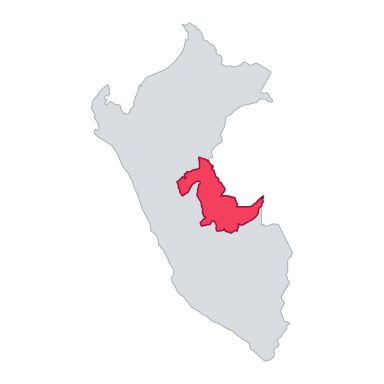 Ucayali on a map of Peru (Natural Earth projection)
{"feature_id": "PER-583", "entity_name": "Ucayali", "entity_type": "Department", "adm_level": 1, "iso_a3": "PER", "parent_name": "Peru", "parent_adm1": "", "projection": "natural_earth1", "projection_center": [-73.422, -9.375], "detail": "fine", "context": "in_parent", "style": "filled", "palette": "rose", "viewbox_px": 384, "rotation_deg": 0, "n_neighbors": 0, "source": "natural_earth", "source_scale": "10m", "svg_char_len": 9344}
<svg xmlns="http://www.w3.org/2000/svg" viewBox="0 0 384 384"><path d="M272.6,100.4L272.5,101.6L271.2,102.2L270.0,101.3L268.2,101.6L265.6,98.8L259.3,99.2L256.5,102.5L252.4,103.2L247.8,104.7L242.6,105.3L234.6,110.5L232.7,112.6L229.0,115.7L226.0,116.7L224.6,126.2L221.7,131.7L220.5,134.7L222.1,139.2L222.1,141.5L220.4,143.3L219.1,143.5L216.3,145.4L212.2,149.6L211.4,152.8L212.8,157.0L212.3,157.5L208.9,158.3L209.0,160.7L208.3,161.6L211.2,165.0L212.8,165.8L212.9,166.6L212.6,167.5L212.0,167.9L211.9,168.6L214.0,171.1L215.5,176.2L218.5,178.6L218.6,180.2L219.4,181.9L221.0,183.1L224.6,188.1L224.7,190.5L220.9,195.8L227.2,195.8L234.1,197.7L235.0,198.5L235.9,200.9L236.0,202.5L237.3,203.8L237.2,206.8L246.3,206.8L252.2,206.1L261.7,197.1L263.2,196.3L262.4,198.3L262.3,199.7L262.8,201.2L261.7,203.4L261.6,225.3L263.3,224.2L265.5,226.2L267.2,226.3L272.4,223.9L278.4,224.3L292.5,252.9L291.2,254.9L291.3,256.3L289.6,257.6L287.8,259.9L287.7,271.3L286.2,274.7L287.0,276.5L287.8,280.1L289.1,282.3L289.4,283.7L289.2,284.3L287.3,285.5L287.1,287.5L283.6,291.6L282.9,294.4L281.6,295.3L281.4,298.4L284.5,303.4L282.5,306.4L280.6,310.9L283.7,320.3L285.0,321.7L286.4,321.6L288.5,322.4L289.6,323.8L287.0,325.6L286.6,326.4L286.8,329.4L283.9,331.8L280.1,337.7L279.1,338.0L277.2,339.8L276.9,340.7L277.2,341.5L278.8,343.3L279.0,345.4L276.2,348.1L274.3,348.4L273.6,349.1L274.3,352.7L274.3,354.4L273.7,356.3L272.4,358.4L268.3,360.6L264.6,361.0L258.4,355.5L256.5,353.3L250.3,348.7L249.3,343.9L247.2,341.5L243.4,339.7L240.4,337.2L238.1,336.1L232.5,330.7L227.4,328.9L217.9,323.2L212.7,321.3L206.1,315.9L202.6,314.5L199.7,312.0L191.0,306.7L189.7,305.0L188.3,302.4L186.4,300.8L184.2,297.2L181.0,295.1L177.9,292.3L174.1,284.8L172.3,283.0L172.1,279.6L170.9,278.0L172.7,276.9L173.9,271.6L173.3,269.0L168.8,261.8L168.0,258.8L164.8,253.4L163.6,250.1L161.0,247.7L159.9,245.6L158.5,244.7L158.4,242.2L157.4,237.4L156.0,235.0L150.8,230.5L150.3,225.6L149.2,222.1L142.0,208.3L137.8,195.1L134.3,187.7L132.9,183.4L132.7,181.2L130.1,177.3L128.7,173.7L122.9,166.8L119.5,159.1L119.0,156.8L116.7,152.6L113.0,147.1L111.2,144.9L100.0,138.1L94.7,133.9L94.1,131.8L94.4,130.6L95.5,129.4L97.1,130.3L98.1,130.0L98.8,128.4L98.8,126.2L97.8,123.2L94.3,117.5L95.2,115.0L91.5,108.4L92.4,102.0L93.2,100.3L98.6,93.8L100.1,91.1L102.4,89.3L104.7,86.7L107.6,84.7L108.4,85.4L109.3,88.9L109.1,91.2L109.9,93.8L108.0,96.1L105.8,95.6L105.0,96.2L104.7,97.3L105.0,99.1L105.6,99.8L107.2,99.9L105.0,103.3L105.2,103.9L106.7,104.6L108.1,103.7L109.7,101.7L110.6,101.5L116.0,104.8L118.6,104.4L120.5,106.0L120.7,108.4L123.5,113.1L127.5,114.3L128.2,113.9L129.1,112.1L130.0,111.8L130.2,109.2L133.7,106.4L134.2,104.5L133.7,103.1L133.8,102.0L135.9,95.8L136.5,95.1L137.1,93.1L137.9,91.9L139.1,84.9L140.1,84.9L141.0,86.6L142.1,86.2L141.5,84.6L141.7,84.0L145.6,78.4L146.8,77.2L165.6,69.5L175.0,61.6L183.3,50.5L185.9,39.3L186.8,40.1L188.4,39.8L187.9,35.3L188.3,33.1L188.2,32.5L185.6,29.8L184.6,26.8L182.3,25.2L182.4,24.5L184.8,25.2L187.0,24.9L188.8,23.0L190.2,23.2L193.3,25.7L195.5,26.0L196.3,27.8L198.5,29.1L201.7,33.0L203.1,37.2L203.0,38.0L204.4,40.2L207.5,41.2L210.5,44.3L213.7,45.3L215.1,48.1L215.9,49.0L216.4,50.6L215.9,52.5L216.3,53.5L218.7,55.2L220.7,55.2L221.1,56.0L222.2,60.6L221.5,63.0L221.8,64.3L224.4,65.4L225.2,66.4L227.3,66.6L230.2,65.6L233.9,67.0L236.7,66.5L238.0,66.2L239.3,65.1L240.4,65.2L243.3,62.2L244.1,62.0L247.2,63.3L249.8,65.3L253.0,64.9L254.3,63.7L256.6,63.0L260.8,65.4L261.7,66.6L262.9,66.9L267.4,69.3L268.2,70.3L270.5,71.3L271.0,72.1L270.9,73.0L260.3,92.0L263.6,93.5L266.6,92.6L268.2,93.8L269.4,96.9L271.7,99.0L272.6,100.4Z" fill="#d9dde1" stroke="#a8b0b8" stroke-width="1"/><path d="M208.6,161.1L208.1,161.4L208.2,161.7L208.8,162.1L210.9,164.6L211.3,165.0L211.8,165.2L212.4,165.4L212.9,165.9L213.1,166.6L212.9,167.3L212.4,167.7L211.8,167.5L211.6,167.5L211.6,167.8L211.8,168.7L211.9,168.9L212.3,169.4L213.0,169.7L213.6,170.0L213.9,170.6L214.0,171.0L214.5,171.9L214.7,172.3L214.7,172.7L214.6,173.3L214.7,173.7L214.9,174.1L215.3,174.8L215.5,175.3L215.5,176.1L215.6,176.4L215.9,176.7L217.1,177.5L217.3,177.6L217.6,178.0L217.9,178.3L218.2,178.3L218.3,178.4L218.6,178.6L218.7,179.0L218.7,179.4L218.6,180.2L218.6,180.5L218.7,180.8L219.3,181.8L219.6,182.2L220.0,182.4L220.9,182.6L221.2,182.8L221.5,183.1L221.6,183.4L221.9,184.2L223.1,186.3L223.4,186.5L224.0,187.0L224.6,188.0L224.7,188.3L224.9,189.8L224.8,190.4L224.7,190.7L224.5,191.0L223.8,191.6L223.8,192.1L223.7,192.3L223.5,192.5L223.0,192.6L222.8,192.7L222.6,193.0L222.4,193.6L222.0,194.2L221.2,195.2L220.8,195.8L227.2,195.8L229.1,196.3L229.3,196.5L229.7,196.3L230.0,196.4L230.6,196.6L231.3,197.0L231.6,197.1L232.3,197.2L233.3,197.1L233.6,197.2L233.9,197.4L234.3,197.8L234.6,198.1L235.1,198.1L235.2,198.9L235.3,199.3L235.4,199.6L235.8,200.2L235.9,200.6L235.9,200.9L235.7,201.6L235.9,202.3L237.0,203.1L237.3,203.8L237.5,204.4L237.5,204.6L237.5,204.9L237.3,205.2L237.2,205.4L237.2,206.4L237.0,206.8L249.7,206.8L250.0,206.7L250.3,206.4L250.6,206.3L251.0,206.6L251.5,206.4L252.1,205.9L252.8,205.6L253.0,205.2L253.2,204.8L253.4,204.4L253.7,204.2L254.7,203.6L255.7,203.3L256.0,203.1L256.1,202.9L256.3,202.4L256.4,202.2L257.2,201.5L257.7,200.8L257.9,200.4L258.7,199.9L259.0,199.6L259.6,198.9L260.0,198.7L261.0,198.0L261.3,197.6L261.9,196.9L262.2,196.5L262.5,196.4L262.8,196.3L263.5,196.2L263.5,196.4L263.3,196.8L263.3,197.1L263.2,197.3L262.9,197.5L263.0,197.8L262.8,197.8L262.7,198.0L262.9,198.7L262.7,198.7L262.4,198.6L261.9,198.7L262.1,199.0L262.2,199.6L262.3,200.0L262.5,200.2L262.9,200.7L263.1,200.9L263.2,201.3L263.2,201.7L263.1,202.0L262.8,202.4L262.8,202.6L262.7,202.7L262.4,202.6L262.1,202.9L261.9,203.0L261.7,204.0L261.7,205.9L259.6,207.7L259.1,208.2L258.8,208.6L258.5,209.8L258.4,212.4L258.2,213.0L258.0,213.6L257.5,214.5L256.0,216.5L255.6,216.9L255.4,217.1L254.4,218.0L253.6,218.6L252.7,219.5L252.0,219.9L251.7,220.1L250.4,220.5L243.3,224.7L242.8,224.9L240.6,225.0L240.2,224.9L239.4,224.2L239.1,224.1L238.8,224.0L238.2,223.9L237.9,224.1L237.8,224.6L238.6,225.9L238.8,226.2L238.7,226.4L238.7,226.7L237.5,229.1L237.4,229.6L237.2,230.0L237.2,230.5L237.2,230.9L236.9,230.8L236.6,230.8L236.2,230.9L235.5,230.6L235.4,230.6L234.1,231.0L233.6,231.3L232.5,232.2L232.1,232.4L231.6,232.9L231.5,233.0L230.9,233.1L230.2,232.9L229.9,232.8L229.5,232.4L229.3,232.3L229.2,232.3L228.8,231.7L228.7,231.6L228.4,231.7L227.9,232.0L227.7,232.0L227.0,232.0L226.8,231.9L226.4,231.5L226.3,231.4L225.7,231.2L225.2,230.9L225.2,230.7L225.1,230.3L224.8,229.7L224.6,229.1L224.4,228.8L224.2,228.9L224.0,229.0L223.5,230.0L223.4,230.1L223.2,230.2L222.7,230.4L222.1,230.6L220.0,230.9L218.9,230.9L218.5,231.0L217.8,231.3L217.3,231.1L217.0,230.9L216.6,230.4L216.4,229.9L216.1,228.8L216.0,228.4L216.4,225.9L216.4,225.2L215.8,223.8L215.3,222.7L214.7,221.8L214.4,221.6L214.0,221.3L213.1,221.0L212.8,220.9L212.4,220.7L212.2,220.7L212.0,220.9L211.4,222.1L210.2,224.1L209.8,224.5L209.5,224.6L209.3,224.7L208.8,224.7L208.1,224.6L207.9,224.6L207.1,224.8L206.6,224.8L205.8,225.1L205.5,225.3L205.2,225.4L204.9,225.4L204.0,225.3L203.7,225.4L202.9,225.9L202.3,226.1L201.8,226.0L201.5,225.9L201.3,225.8L200.9,225.0L200.8,224.8L200.6,224.1L200.3,222.4L201.0,221.9L201.8,221.1L202.7,220.0L203.1,219.7L203.7,218.9L204.0,218.7L204.7,218.2L205.4,217.9L205.6,217.8L205.7,217.6L205.7,217.4L205.5,217.0L205.3,216.8L205.1,216.7L203.9,216.2L203.6,215.9L203.4,215.0L203.1,214.2L202.5,212.5L202.4,212.0L202.7,209.2L202.6,208.8L202.4,208.3L201.7,206.7L201.4,205.9L201.4,205.2L201.5,204.5L201.4,203.9L200.8,201.9L200.4,201.1L200.2,200.8L199.8,200.2L197.7,196.7L197.5,196.3L197.2,195.9L197.0,195.2L196.9,195.0L196.9,194.6L197.1,193.8L197.5,192.3L197.7,191.4L197.7,190.8L197.6,190.0L197.6,189.5L197.7,189.1L198.0,188.7L198.4,187.6L198.5,187.0L198.6,185.2L198.7,184.8L198.8,184.7L199.8,184.0L200.1,183.8L200.2,183.6L200.3,183.4L200.2,183.0L200.2,182.6L200.0,182.1L199.9,181.9L199.7,181.7L199.4,181.5L199.2,181.4L197.6,181.2L197.2,181.3L196.7,181.4L195.6,181.9L195.4,182.1L194.0,183.5L193.0,184.0L192.6,184.4L191.9,185.2L191.3,186.0L190.4,187.7L190.0,188.3L189.7,188.7L189.6,189.3L189.1,190.0L189.0,190.4L188.7,191.1L188.6,191.3L188.1,191.9L187.8,192.5L187.6,192.7L187.2,192.9L186.5,193.2L186.2,193.3L185.7,193.4L185.6,193.5L183.7,195.3L183.1,195.6L182.7,195.7L182.2,195.7L181.8,195.3L181.0,193.6L180.7,193.2L180.2,192.8L180.1,192.5L180.0,192.2L179.8,191.6L179.8,191.3L179.9,190.6L179.8,189.9L179.4,189.1L179.3,188.8L179.1,188.7L178.6,188.4L178.5,188.2L178.2,184.8L178.1,184.5L178.0,184.2L177.3,183.0L177.1,182.4L177.0,181.7L178.6,180.8L179.3,180.2L179.7,179.6L180.2,179.1L181.3,178.2L181.6,177.9L182.0,177.3L182.3,177.0L182.5,176.9L182.9,176.9L183.1,176.9L183.4,177.1L184.7,178.4L185.0,178.5L185.3,178.7L185.6,178.7L185.9,178.5L185.9,178.2L185.7,177.7L184.9,176.6L184.6,176.1L184.5,175.9L184.4,175.2L184.4,174.8L184.4,174.5L184.6,174.1L184.8,173.9L185.1,173.6L185.5,173.5L186.1,173.5L186.2,173.4L186.4,173.1L186.6,172.3L186.7,171.9L186.9,171.7L187.1,171.7L187.5,171.9L189.5,171.9L190.3,171.7L191.0,171.4L191.9,170.6L192.5,170.3L193.8,169.8L197.4,169.1L197.8,169.0L198.8,168.3L199.1,168.1L199.3,167.9L199.4,167.6L199.5,167.3L199.6,167.0L199.6,165.4L199.4,163.7L199.4,162.6L199.4,161.9L199.0,159.4L198.7,158.4L198.7,158.0L198.8,157.6L199.0,157.4L199.5,157.2L200.1,157.4L201.6,158.4L202.4,158.7L203.5,158.7L203.9,158.8L204.7,159.0L207.3,160.2L208.0,160.6L208.6,161.1Z" fill="#f43f5e" stroke="#9f1239" stroke-width="1.5"/></svg>